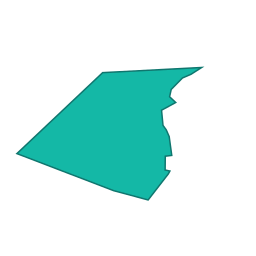 Awerial, Lakes, South Sudan (Natural Earth projection), rotated 133°
{"feature_id": "79223893B81946287385268", "entity_name": "Awerial", "entity_type": "district", "adm_level": 2, "iso_a3": "SSD", "parent_name": "South Sudan", "parent_adm1": "Lakes", "projection": "natural_earth1", "projection_center": [31.08, 6.188], "detail": "fine", "context": "isolated", "style": "filled", "palette": "teal", "viewbox_px": 256, "rotation_deg": 133, "n_neighbors": 0, "source": "geoboundaries", "source_scale": "gbopen_adm2", "svg_char_len": 395}
<svg xmlns="http://www.w3.org/2000/svg" viewBox="0 0 256 256"><g transform="rotate(133 128 128)"><path d="M222.5,191.8L183.6,95.7L166.9,64.2L134.1,67.2L130.9,68.0L133.4,72.2L123.2,81.5L118.2,77.3L106.2,92.0L103.3,98.7L102.2,104.2L92.1,115.6L76.8,110.5L76.8,118.9L70.3,122.7L54.3,122.3L45.6,118.5L33.5,115.4L104.8,184.3L222.5,191.8Z" fill="#14b8a6" stroke="#0f766e" stroke-width="1.5"/></g></svg>